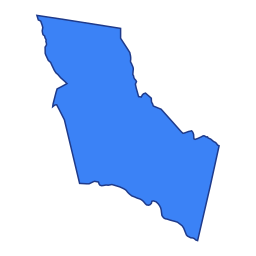 São João dos Patos, Maranhão, Brazil (Mercator projection)
{"feature_id": "56859067B96040325149331", "entity_name": "São João dos Patos", "entity_type": "district", "adm_level": 2, "iso_a3": "BRA", "parent_name": "Brazil", "parent_adm1": "Maranhão", "projection": "mercator", "projection_center": [-43.625, -6.566], "detail": "fine", "context": "isolated", "style": "filled", "palette": "blue", "viewbox_px": 256, "rotation_deg": 0, "n_neighbors": 0, "source": "geoboundaries", "source_scale": "gbopen_adm2", "svg_char_len": 2046}
<svg xmlns="http://www.w3.org/2000/svg" viewBox="0 0 256 256"><path d="M219.1,145.8L217.5,145.0L216.4,143.3L215.2,142.3L213.7,141.6L210.7,139.1L208.2,138.0L207.5,136.9L206.1,136.9L204.5,135.9L203.2,135.8L201.4,136.8L197.7,138.5L195.1,139.4L193.9,138.8L193.6,134.5L193.1,133.0L192.4,131.7L191.6,130.8L190.2,131.2L188.9,131.4L184.2,133.1L183.0,133.3L181.8,132.3L180.0,130.4L173.9,123.5L161.1,109.2L158.1,108.0L153.3,106.0L152.5,103.7L151.6,102.2L151.4,100.6L151.3,98.2L149.5,96.6L148.2,95.5L146.5,94.0L145.5,93.1L143.5,93.8L142.3,95.0L141.3,97.0L138.6,96.6L136.2,88.0L135.6,85.3L135.4,84.0L135.9,82.9L136.5,81.6L135.8,80.3L134.6,79.0L133.8,77.5L133.6,76.0L132.8,74.4L133.0,72.4L133.1,70.9L133.3,69.2L133.2,68.0L132.8,66.7L132.0,64.9L131.4,63.4L130.6,62.2L130.5,60.8L130.7,59.5L130.7,57.6L130.5,55.8L130.1,54.1L129.8,52.6L128.8,51.0L127.1,48.3L120.6,38.3L120.6,28.4L114.3,27.4L66.0,19.8L36.9,15.4L38.3,19.9L40.7,21.1L42.2,25.3L42.8,27.5L42.2,30.8L42.5,32.7L43.0,34.6L44.7,36.1L45.0,37.8L46.1,39.7L45.9,41.7L46.4,43.0L46.5,44.9L45.8,46.1L45.1,47.1L45.2,53.3L45.7,54.8L48.3,60.4L50.6,62.4L52.1,65.7L54.4,70.5L56.0,72.9L57.9,74.5L60.7,77.8L64.7,81.3L67.0,83.6L61.4,86.7L57.1,88.9L56.0,92.5L53.1,103.8L52.7,106.7L54.2,105.5L55.2,104.9L56.7,104.8L58.8,108.8L64.4,119.8L79.6,183.4L86.8,183.8L89.1,183.8L93.4,181.7L94.6,181.3L98.4,182.0L99.2,184.2L100.0,185.2L101.6,185.7L103.3,185.5L106.0,185.0L108.3,185.2L109.9,184.9L111.9,184.5L116.9,186.0L119.8,186.9L123.3,188.5L125.4,189.7L126.3,190.5L127.8,192.4L129.3,193.9L131.8,195.9L134.5,196.9L137.2,198.1L139.7,198.9L140.8,199.4L142.3,200.4L143.4,201.4L145.5,203.9L146.6,204.9L148.6,205.2L150.0,204.7L151.4,203.3L151.8,201.3L153.4,200.9L156.1,201.8L158.3,203.9L159.7,205.9L160.7,208.0L161.2,210.0L161.5,212.5L161.9,215.3L162.7,216.7L164.1,218.2L165.4,218.8L167.2,219.1L170.1,220.1L175.0,221.4L177.5,222.2L182.1,225.7L183.7,228.1L184.4,229.9L186.4,234.9L187.5,236.1L190.8,237.8L192.6,237.9L194.3,238.6L195.8,240.0L197.6,240.6L210.0,187.1L219.1,145.8Z" fill="#3b82f6" stroke="#1e3a8a" stroke-width="1.5"/></svg>